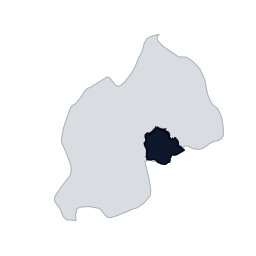 Bugesera, Eastern, Rwanda (highlighted), rotated 342°
{"feature_id": "39286606B3134655885223", "entity_name": "Bugesera", "entity_type": "district", "adm_level": 2, "iso_a3": "RWA", "parent_name": "Rwanda", "parent_adm1": "Eastern", "projection": "mercator", "projection_center": [30.152, -2.233], "detail": "fine", "context": "in_parent", "style": "filled", "palette": "ink", "viewbox_px": 256, "rotation_deg": 342, "n_neighbors": 0, "source": "geoboundaries", "source_scale": "gbopen_adm2", "svg_char_len": 6139}
<svg xmlns="http://www.w3.org/2000/svg" viewBox="0 0 256 256"><g transform="rotate(342 128 128)"><path d="M101.4,77.8L104.4,77.7L124.2,73.0L126.1,74.5L129.3,83.6L131.0,85.0L133.8,85.3L139.3,83.2L149.5,76.0L153.9,71.7L159.1,65.5L165.8,58.6L169.5,52.6L173.2,49.1L177.9,48.0L183.2,48.3L186.9,48.4L183.9,49.8L183.2,54.3L186.7,61.3L198.0,75.9L205.3,78.6L210.0,84.3L214.6,93.8L216.0,105.8L214.1,120.2L215.2,130.9L219.4,137.9L220.5,147.0L218.5,158.2L216.1,164.9L213.2,167.1L210.0,167.9L205.6,167.2L200.3,168.1L194.5,170.2L190.9,170.5L188.6,170.1L184.3,168.3L177.6,162.5L165.0,165.7L161.6,165.7L157.0,168.4L153.2,171.8L150.9,172.0L148.6,171.6L137.7,164.8L133.8,165.0L132.1,184.1L130.3,194.8L128.1,199.5L120.3,204.1L112.5,206.7L108.2,206.5L91.1,208.0L84.3,208.0L80.6,206.4L75.8,195.5L66.7,190.7L57.9,188.5L54.4,189.1L51.2,194.8L49.9,199.9L41.4,196.4L38.9,192.1L38.6,184.8L35.5,174.8L37.3,170.5L40.6,167.8L47.6,162.5L58.3,155.2L60.6,151.7L62.1,145.9L61.5,132.4L60.4,121.1L61.7,117.0L66.6,108.2L73.1,99.2L80.8,89.7L85.4,88.7L91.4,85.1L97.8,79.8L101.4,77.8Z" fill="#d9dde1" stroke="#a8b0b8" stroke-width="1"/><path d="M141.9,140.7L141.8,140.9L141.9,141.2L141.8,141.5L141.8,141.9L141.6,142.1L141.5,142.4L141.6,142.6L141.8,142.9L141.6,143.1L141.6,143.4L141.7,143.7L141.9,143.7L142.0,143.8L142.1,144.1L141.9,144.3L141.8,144.7L141.7,144.8L141.2,145.0L141.0,145.5L141.1,145.9L140.5,146.6L140.3,146.6L140.2,146.8L140.1,146.7L139.6,147.2L139.1,147.1L138.9,147.3L138.8,147.9L138.6,148.1L138.7,149.1L138.5,149.6L138.6,149.9L138.6,150.1L138.7,150.5L138.8,150.6L138.8,151.0L138.9,151.3L138.8,151.6L138.9,151.8L138.7,152.0L138.8,152.2L139.0,152.3L139.1,153.0L139.3,153.2L139.2,153.4L139.3,153.6L139.3,153.9L139.2,154.1L139.1,154.3L139.0,154.7L138.7,155.0L138.7,155.3L138.8,155.4L138.8,156.2L138.6,156.3L138.5,156.5L138.3,156.6L138.2,157.0L138.3,157.3L138.0,157.5L137.7,158.1L137.8,158.2L137.7,158.4L137.8,158.6L137.7,158.9L137.7,159.0L137.5,159.6L137.2,160.0L136.9,160.3L136.6,160.5L136.6,161.3L136.6,161.7L136.9,162.1L136.9,162.3L137.0,162.6L136.9,162.7L137.1,163.0L136.9,163.2L136.8,163.4L136.4,163.8L137.7,164.4L138.6,164.7L139.4,165.2L140.0,165.4L140.5,165.5L141.9,165.4L142.3,165.5L143.1,166.0L144.0,166.6L144.5,167.2L145.4,168.6L145.8,169.7L145.9,170.0L147.0,170.7L148.3,172.1L149.1,172.7L149.7,172.8L150.3,173.1L151.5,173.8L152.2,174.0L152.9,174.0L153.7,173.5L154.4,173.5L154.7,173.4L155.2,173.0L155.8,173.0L156.6,173.3L157.0,173.2L157.8,172.2L158.2,171.4L158.4,170.3L158.3,169.9L158.4,169.5L159.0,169.3L159.8,168.9L159.7,168.8L159.9,168.2L159.9,167.9L160.8,167.7L161.2,167.5L161.8,167.1L162.4,166.9L162.9,167.3L162.9,167.5L163.0,167.6L163.1,167.9L163.5,168.1L165.8,168.3L167.3,168.1L173.5,166.7L174.5,166.5L174.4,165.7L174.3,165.8L174.2,165.7L174.0,165.8L173.9,165.8L173.7,165.9L173.5,165.6L173.4,165.6L173.5,165.4L173.4,165.3L173.2,165.3L173.1,165.2L173.1,164.8L173.0,164.7L172.9,164.6L173.1,164.5L173.1,164.4L172.9,163.9L173.1,163.8L173.1,163.6L172.9,163.5L172.7,162.8L172.5,162.6L172.6,162.4L172.2,162.1L171.8,162.1L171.7,162.0L171.6,161.4L171.1,161.1L171.0,160.8L170.7,160.6L170.6,160.4L170.4,160.5L170.2,160.3L170.4,160.0L170.2,159.8L170.3,159.6L170.3,159.4L170.3,159.1L170.5,159.0L170.6,158.8L170.8,158.8L170.7,158.5L170.8,158.6L171.1,158.3L171.1,157.6L170.8,157.2L170.8,156.7L171.1,156.4L171.3,156.5L171.2,155.7L170.9,155.7L171.0,155.6L170.8,155.5L170.8,155.2L170.7,155.1L170.7,154.8L170.9,154.6L170.8,153.8L170.3,153.4L170.1,153.3L170.0,153.2L169.7,153.1L169.7,152.8L170.1,152.4L170.1,152.2L169.8,152.2L169.7,152.0L169.4,152.3L169.3,152.6L168.9,152.7L168.8,152.4L168.6,152.6L168.5,152.8L168.4,152.7L168.5,152.6L168.3,152.5L168.1,152.9L167.8,152.8L167.7,152.6L167.4,152.8L167.3,152.5L167.2,152.8L166.9,152.6L167.1,152.5L166.5,152.7L166.5,152.9L166.4,152.9L166.2,152.8L166.2,153.0L165.8,153.1L165.7,152.8L165.6,152.2L165.3,152.1L165.5,152.0L165.4,151.8L165.1,151.8L165.3,151.7L164.9,151.5L164.7,151.3L164.6,151.2L164.8,151.0L164.8,150.7L164.7,150.5L164.9,150.3L164.7,150.1L164.2,149.9L164.1,149.7L164.0,149.8L163.9,149.8L164.3,149.1L164.7,148.9L164.8,148.1L165.2,147.9L165.3,147.6L165.0,147.2L164.6,147.2L164.9,146.5L164.6,146.5L164.9,146.2L164.6,146.1L164.7,145.9L164.7,145.6L164.5,145.3L164.9,145.3L164.7,145.1L165.0,145.1L165.0,144.7L164.8,144.1L164.3,143.9L164.1,143.6L163.6,143.6L163.3,143.8L163.4,143.6L163.2,143.5L163.1,143.2L163.3,143.2L162.9,142.9L162.9,142.7L162.7,142.6L162.8,142.3L163.0,142.3L163.0,142.2L162.7,142.2L162.7,141.8L162.6,141.7L162.6,141.4L162.3,140.9L162.6,140.7L162.4,140.7L162.1,140.2L161.9,140.2L161.9,140.4L161.5,140.2L161.4,140.2L161.4,140.3L161.1,140.1L160.9,140.1L160.5,139.9L160.5,140.0L160.5,140.4L160.5,140.5L160.4,140.5L160.2,140.5L159.7,140.7L159.7,140.8L159.4,141.0L159.2,141.2L159.1,140.7L158.9,140.6L159.1,140.1L158.8,140.1L158.9,139.8L158.6,140.0L158.5,139.8L158.6,139.6L158.4,139.5L158.4,139.2L158.0,139.5L157.8,139.4L157.6,139.0L157.7,138.9L157.9,138.8L157.7,138.6L157.6,138.1L157.6,137.9L157.4,137.7L157.2,137.4L156.9,137.4L156.9,137.2L156.7,136.9L156.6,137.1L156.2,137.1L156.2,136.7L156.0,136.4L155.9,136.5L155.4,136.6L155.4,136.9L155.3,137.0L155.2,136.9L155.0,136.6L155.0,136.8L154.6,136.7L154.6,137.1L154.4,137.2L154.2,137.0L154.0,137.3L153.9,137.3L153.7,137.6L153.2,137.6L153.2,137.4L153.0,137.6L152.7,137.5L152.8,137.8L152.5,137.8L152.7,138.0L152.4,137.9L152.1,138.2L152.0,138.3L151.9,138.7L151.7,138.5L151.5,138.4L151.4,138.7L151.7,138.9L151.1,139.0L151.1,139.3L151.0,139.0L151.0,138.9L150.9,139.1L150.6,139.4L150.6,139.2L150.3,139.3L150.3,139.1L150.1,139.3L149.8,139.1L149.7,139.4L149.7,139.0L149.3,139.1L149.2,139.5L149.0,139.8L148.9,139.5L148.5,139.7L148.6,139.4L148.4,139.3L148.1,139.6L147.8,139.7L147.6,139.8L147.5,139.6L147.4,139.6L147.3,140.0L147.2,140.2L147.1,139.8L146.8,139.8L146.8,140.0L146.6,140.2L146.3,140.3L146.2,140.4L145.9,140.0L145.3,139.9L145.2,139.8L145.1,139.7L145.3,139.6L145.5,139.4L145.5,139.0L145.1,138.8L144.4,138.9L144.2,139.0L144.3,139.3L144.0,139.2L143.7,139.3L143.8,139.5L143.5,139.9L143.9,139.9L143.9,140.1L143.4,140.0L143.2,140.0L142.7,139.7L142.6,139.9L142.7,140.2L142.4,140.1L142.3,140.4L141.9,140.7Z" fill="#0f172a" stroke="#020617" stroke-width="1.5"/></g></svg>